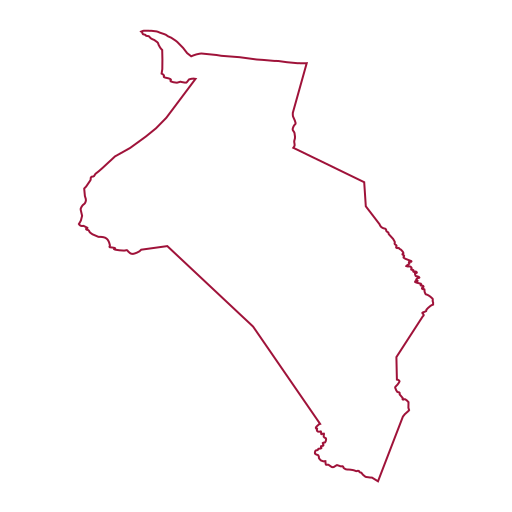 outline of San Francisco del Valle, Ocotepeque, Honduras, rotated 90°
{"feature_id": "27666195B97087706022026", "entity_name": "San Francisco del Valle", "entity_type": "district", "adm_level": 2, "iso_a3": "HND", "parent_name": "Honduras", "parent_adm1": "Ocotepeque", "projection": "equal_earth", "projection_center": [-88.98, 14.422], "detail": "fine", "context": "isolated", "style": "outline", "palette": "rose", "viewbox_px": 512, "rotation_deg": 90, "n_neighbors": 0, "source": "geoboundaries", "source_scale": "gbopen_adm2", "svg_char_len": 5969}
<svg xmlns="http://www.w3.org/2000/svg" viewBox="0 0 512 512"><g transform="rotate(90 256 256)"><path d="M63.2,205.3L63.3,206.7L63.2,214.6L62.2,225.2L61.0,233.7L60.9,237.9L59.9,249.1L59.5,255.3L57.2,272.4L55.8,290.7L55.0,295.5L53.5,310.6L53.7,312.3L54.4,315.6L55.4,318.6L56.3,320.8L53.1,324.9L47.9,328.9L41.9,334.8L40.7,336.3L37.7,340.8L36.3,344.0L34.8,346.1L34.1,347.8L32.7,352.0L31.8,354.1L31.4,355.5L31.2,357.2L30.8,360.6L30.7,368.0L30.9,369.0L31.6,370.8L31.7,370.7L31.8,370.1L32.1,369.9L33.4,369.5L34.2,369.0L34.9,366.6L35.5,366.2L35.8,365.8L36.0,364.8L36.1,363.7L36.3,363.1L38.3,361.2L39.1,359.8L40.0,357.7L42.2,354.7L43.0,354.0L44.8,353.4L47.0,352.2L48.5,351.2L50.0,349.8L59.6,349.6L69.1,349.7L73.6,350.4L74.2,349.3L75.2,348.2L75.8,348.0L76.7,348.2L77.1,348.0L77.6,346.8L78.4,343.3L79.1,341.6L79.4,341.3L79.8,341.1L80.5,341.5L80.9,341.5L81.3,341.3L81.5,340.9L82.2,338.7L82.7,335.3L82.7,335.0L81.7,331.5L82.0,330.5L82.6,327.2L82.6,325.7L81.9,324.9L80.6,323.9L79.4,322.9L78.8,320.6L78.6,318.5L78.9,316.5L117.8,345.7L128.3,356.0L136.5,366.1L147.9,381.8L156.4,397.0L167.8,409.3L171.3,413.3L173.8,416.5L176.1,418.0L176.5,418.8L176.7,420.3L177.2,420.9L178.0,421.3L179.4,421.3L180.3,421.6L186.6,425.9L188.3,427.6L188.7,427.8L196.0,427.1L199.0,426.2L200.6,426.1L201.7,426.4L202.9,426.9L203.8,427.6L204.9,429.0L205.7,429.7L207.1,430.6L208.7,431.3L209.8,431.3L215.8,429.9L220.5,431.1L222.2,432.0L224.0,433.1L225.0,432.4L225.7,431.4L226.0,430.2L225.9,428.8L225.9,428.4L227.7,424.8L227.9,424.6L228.2,424.7L228.4,424.9L228.5,425.5L228.7,425.8L229.0,425.9L229.3,425.8L229.7,425.3L229.9,424.2L230.2,423.6L230.8,423.0L232.3,422.2L233.4,420.8L234.3,419.5L236.8,413.7L236.9,413.0L236.9,410.8L237.2,408.6L237.7,406.9L238.5,405.6L239.2,404.8L239.9,404.2L241.1,403.5L242.4,402.9L245.2,402.1L245.9,402.2L246.8,402.5L247.2,402.2L247.3,401.7L247.6,399.2L248.0,397.2L248.4,397.0L248.5,397.2L248.7,397.8L249.1,397.9L249.5,397.2L249.8,396.0L250.3,392.5L250.6,388.0L250.5,387.0L250.2,385.6L250.2,385.1L250.5,384.6L251.6,383.7L252.9,382.2L253.4,381.5L253.7,380.7L253.9,379.6L253.8,378.5L253.4,377.1L252.7,375.2L251.3,372.5L249.7,370.8L246.1,344.7L326.6,258.9L423.9,191.9L424.3,193.0L426.2,195.1L427.4,196.1L428.1,196.1L428.5,195.8L428.5,195.1L428.7,194.9L429.6,195.1L430.3,195.1L431.0,194.8L431.4,194.3L431.7,193.8L431.7,193.1L431.7,192.0L431.4,191.3L431.5,191.1L433.8,190.8L434.1,190.7L434.2,190.4L433.7,189.4L433.7,188.1L434.1,188.0L435.3,188.3L436.7,188.3L437.6,187.5L438.3,186.1L439.2,185.9L441.0,186.2L442.3,186.9L442.6,187.3L442.6,188.4L443.0,189.2L443.8,189.1L444.8,188.6L445.3,188.6L445.7,188.9L446.3,191.0L447.2,191.0L447.9,190.6L448.2,190.7L448.6,191.8L448.7,193.2L448.8,193.6L449.9,194.2L450.2,194.8L450.3,195.8L450.5,196.2L450.9,196.6L451.6,196.9L452.7,197.1L453.6,197.0L454.3,196.1L454.7,195.3L455.0,194.2L455.4,193.7L456.8,193.1L458.0,193.1L459.1,192.4L460.5,191.0L461.4,188.4L461.1,186.8L461.1,186.6L463.7,186.4L464.6,186.1L464.8,185.5L464.7,184.3L464.8,183.5L467.0,180.3L467.2,179.2L467.0,178.2L465.3,175.5L465.1,175.0L465.6,173.4L466.3,171.4L466.4,170.8L466.2,169.8L466.4,169.2L466.7,168.8L467.5,168.6L468.0,168.3L468.8,167.1L469.3,166.1L469.5,164.8L469.6,162.2L470.0,159.5L470.3,158.1L471.1,155.9L471.1,155.2L470.8,154.2L470.9,153.5L471.2,152.9L471.9,152.6L472.2,152.2L472.5,151.7L472.6,150.9L472.9,150.5L474.6,149.2L476.6,146.8L477.0,145.9L477.2,144.1L477.5,142.1L477.6,140.0L481.3,134.0L416.6,109.1L414.2,107.2L410.8,103.4L410.1,102.9L407.8,103.6L402.2,103.5L400.4,105.2L399.3,106.8L399.2,107.6L399.6,108.6L399.6,109.0L399.4,109.3L399.0,109.5L398.3,109.2L398.0,109.3L394.6,112.2L394.1,112.4L393.2,112.3L392.7,112.5L392.3,113.0L392.1,114.2L391.8,114.8L390.2,115.8L387.8,116.8L387.3,116.8L386.8,116.6L384.5,114.4L382.5,113.0L381.4,112.5L380.8,112.7L380.3,113.2L379.8,114.1L379.6,115.1L357.1,115.6L316.6,89.4L315.6,88.5L315.1,88.3L314.7,88.4L314.0,88.8L313.4,89.5L312.8,89.6L312.4,89.1L311.8,87.4L311.1,85.9L310.7,85.7L310.1,85.7L309.6,85.5L307.9,83.9L305.8,81.4L305.1,80.2L304.6,78.9L302.4,78.9L300.9,79.4L300.3,79.2L299.7,79.2L298.7,79.4L296.7,81.6L295.4,83.5L294.8,84.7L294.3,86.2L293.8,86.6L291.8,87.4L290.1,87.5L289.4,87.6L289.1,88.1L289.2,88.9L289.1,89.3L288.9,89.7L288.5,90.0L288.1,90.0L287.8,89.8L287.4,88.9L287.0,88.6L286.5,88.5L286.0,88.8L285.7,89.4L285.7,90.6L285.4,91.2L285.1,91.4L284.7,91.4L284.1,90.9L283.7,91.2L282.8,94.9L282.3,96.3L281.9,96.9L281.4,96.8L281.2,96.4L281.1,96.0L281.4,95.2L281.2,94.6L280.6,94.5L280.4,94.8L280.3,95.4L280.2,95.7L279.9,95.8L279.4,95.7L278.7,95.2L278.2,94.6L278.0,93.9L277.9,93.0L277.6,92.7L277.2,92.9L276.8,93.4L276.3,94.8L276.1,96.1L275.8,96.4L274.4,96.9L273.4,97.0L273.0,96.6L273.0,95.8L272.9,95.4L272.6,95.2L272.2,95.3L271.7,95.9L271.5,96.4L271.6,96.9L271.9,97.8L271.9,98.3L271.7,98.6L271.3,98.8L270.5,98.5L270.1,98.7L269.8,99.3L269.8,100.3L269.5,100.8L269.0,100.8L268.4,100.5L268.0,100.4L267.3,100.8L266.7,101.4L266.4,102.4L266.5,104.3L266.1,105.7L265.8,105.6L264.7,103.9L263.7,102.7L263.3,102.6L262.5,103.1L261.8,102.9L261.6,102.6L261.6,102.2L261.8,101.4L261.8,100.9L261.5,100.6L261.1,100.7L258.8,106.6L258.2,107.6L257.6,108.4L257.1,108.5L256.3,108.0L255.8,107.9L255.2,108.3L254.8,109.1L254.5,109.5L253.9,109.4L253.5,108.7L253.1,108.6L252.5,108.8L251.6,109.3L249.8,110.9L249.4,111.5L248.9,112.5L248.0,113.2L247.9,113.8L248.1,114.9L247.9,115.4L247.7,115.7L247.1,115.9L246.2,115.5L245.6,115.5L245.1,115.9L244.5,116.8L244.1,117.2L243.4,117.4L242.3,117.2L241.7,117.3L238.9,118.9L234.2,123.2L233.7,123.4L232.9,123.5L232.4,123.8L231.7,125.0L231.2,125.5L230.7,125.8L229.7,125.9L229.2,126.2L228.7,126.8L228.3,128.4L227.9,129.4L227.2,130.5L226.4,131.3L225.3,132.0L224.2,132.5L206.3,146.2L182.2,147.8L147.8,218.7L146.5,217.8L145.5,217.4L144.4,217.4L141.8,217.8L140.7,217.7L138.5,217.1L136.7,217.0L133.0,217.5L131.9,218.0L130.3,219.1L129.7,219.3L128.9,219.3L128.1,219.1L126.5,218.5L125.3,217.8L124.0,216.6L123.1,216.4L120.7,217.1L116.4,219.0L114.9,219.2L112.9,219.2L63.2,205.3Z" fill="none" stroke="#9f1239" stroke-width="2"/></g></svg>